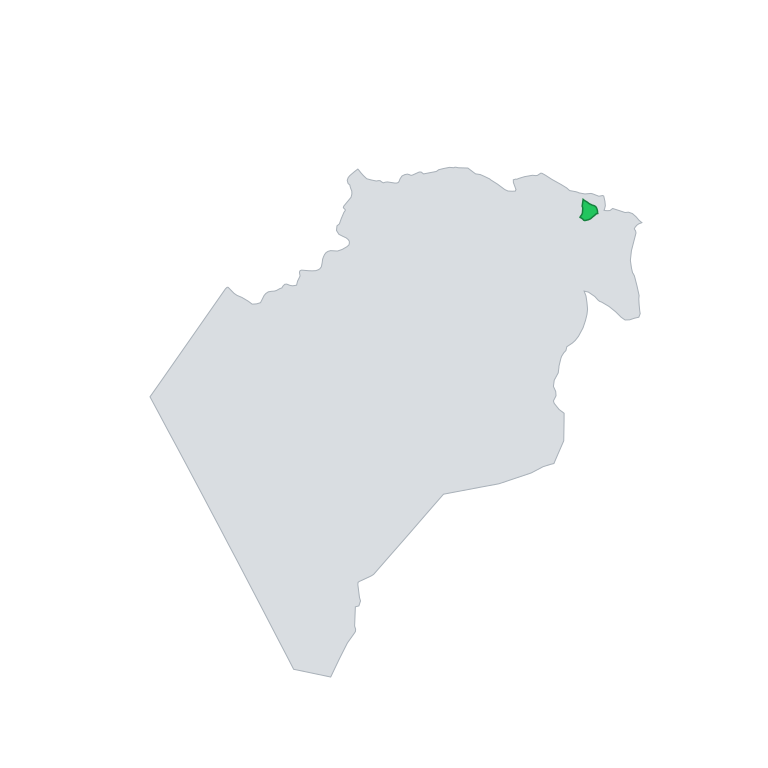 location of Kouh Ouest, Logone Oriental, Chad, rotated 216°
{"feature_id": "50815135B27112556056018", "entity_name": "Kouh Ouest", "entity_type": "district", "adm_level": 2, "iso_a3": "TCD", "parent_name": "Chad", "parent_adm1": "Logone Oriental", "projection": "albers", "projection_center": [16.878, 8.171], "detail": "fine", "context": "in_parent", "style": "filled", "palette": "green", "viewbox_px": 768, "rotation_deg": 216, "n_neighbors": 0, "source": "geoboundaries", "source_scale": "gbopen_adm2", "svg_char_len": 4229}
<svg xmlns="http://www.w3.org/2000/svg" viewBox="0 0 768 768"><g transform="rotate(216 384 384)"><path d="M565.8,236.1L566.0,251.8L566.3,267.5L566.6,283.3L566.9,299.1L567.2,315.0L567.5,330.8L567.8,346.7L568.1,362.6L568.2,367.8L567.8,369.9L567.6,370.2L566.9,370.6L558.6,369.2L555.0,369.3L549.9,370.5L542.4,371.2L537.6,371.1L534.2,373.9L531.7,377.2L533.0,385.1L532.8,387.7L531.8,390.5L529.6,392.8L527.3,394.7L526.0,396.4L524.3,400.0L523.1,401.7L523.3,403.9L522.9,406.3L521.5,407.6L518.1,408.5L515.8,409.6L514.0,411.3L512.8,412.6L513.5,414.2L514.4,416.5L515.0,420.0L515.4,422.1L517.1,423.7L518.2,424.9L518.5,426.4L517.6,427.7L513.3,430.3L511.6,431.3L509.7,432.6L508.9,433.1L505.8,435.6L504.3,437.8L503.6,439.6L503.6,442.1L505.3,445.8L507.0,448.9L507.7,451.3L508.2,453.9L508.1,456.3L507.2,458.5L505.6,460.5L499.8,464.2L496.9,468.3L494.7,473.2L494.1,475.8L494.8,477.6L496.0,479.1L497.8,479.8L500.4,480.0L504.6,479.2L508.5,478.6L512.7,480.3L515.0,484.3L514.2,487.3L515.8,492.7L517.3,499.3L517.3,501.5L517.9,502.3L520.5,502.7L521.1,504.2L520.4,515.7L521.7,518.9L523.5,521.2L525.5,522.4L527.5,523.9L528.6,524.9L530.9,525.1L533.5,527.2L534.3,530.0L534.1,532.7L532.7,538.5L531.5,542.5L530.0,542.2L526.9,541.3L523.2,540.5L518.6,539.9L514.2,541.6L509.5,543.7L508.0,545.3L506.7,546.2L504.6,546.1L502.7,546.4L501.7,547.9L500.0,549.5L493.2,553.0L491.7,554.2L490.9,555.4L490.9,556.8L491.6,559.5L491.7,562.9L490.2,565.7L488.4,567.6L486.4,568.3L484.7,568.7L483.7,569.9L480.1,576.2L478.6,577.3L475.5,577.2L466.6,586.7L465.7,589.5L462.4,593.4L458.3,597.8L454.6,600.0L454.3,600.8L453.3,601.6L451.0,602.6L443.1,608.0L433.5,607.8L429.3,610.0L425.2,610.9L419.2,612.0L417.4,611.9L409.6,612.4L400.6,612.3L397.1,613.0L393.9,615.1L391.5,616.9L391.1,617.5L391.5,618.2L391.4,618.8L397.8,623.1L399.4,625.2L397.8,627.3L397.0,627.6L396.9,627.7L395.9,629.4L392.2,634.3L386.6,640.1L383.7,641.8L382.5,642.9L381.1,646.7L380.1,647.3L376.2,647.8L368.5,648.2L357.9,649.5L351.5,650.0L347.5,649.6L341.9,652.3L339.9,653.0L338.7,653.2L333.2,655.8L328.6,659.8L326.9,660.5L320.5,662.2L317.9,665.0L316.7,665.2L312.6,661.6L309.7,658.3L308.3,654.9L308.2,653.9L307.4,654.1L305.1,655.5L303.1,657.2L302.2,660.4L295.5,662.6L289.8,664.4L287.2,666.7L283.2,667.9L278.1,667.4L274.1,666.4L270.2,666.1L272.1,663.2L272.8,661.0L273.0,658.4L272.7,656.6L270.4,655.7L268.9,654.3L265.6,645.9L262.2,637.3L257.4,628.9L252.1,623.4L248.3,620.1L247.1,619.7L245.1,618.7L243.8,617.7L236.8,611.9L229.6,605.5L227.8,602.5L224.2,598.1L220.2,593.6L218.1,591.5L217.1,587.8L220.0,584.5L223.0,580.3L226.6,577.5L231.4,577.4L239.2,578.6L247.6,579.0L256.0,578.2L258.2,577.6L260.3,577.7L264.8,578.7L272.6,578.5L276.7,576.8L272.3,573.9L267.7,569.2L263.3,564.2L260.7,559.6L258.3,553.7L256.0,546.4L254.7,536.9L254.9,531.6L255.7,527.8L258.0,521.6L256.5,518.0L256.9,515.0L256.6,510.7L255.9,508.5L252.9,501.2L252.3,500.4L249.6,495.4L248.5,487.1L245.5,481.6L240.7,478.9L237.9,475.6L237.0,469.9L235.0,468.4L227.4,466.3L221.1,466.2L216.5,459.8L210.6,451.4L205.2,443.7L201.8,428.3L199.8,419.5L202.1,416.8L206.7,410.6L212.6,398.6L225.7,380.2L232.4,370.8L245.7,356.8L262.0,339.5L271.1,329.8L272.7,312.0L274.3,293.3L275.5,279.1L277.0,262.4L278.3,248.4L279.2,238.2L280.5,223.8L281.6,221.1L287.9,209.8L288.4,208.3L287.3,206.4L278.3,196.8L275.5,194.7L273.9,189.7L276.2,186.9L265.5,170.9L262.8,168.9L261.6,166.9L261.5,164.1L261.4,153.0L258.6,135.7L254.9,115.6L267.6,109.9L277.2,105.6L289.4,100.1L300.7,105.8L317.2,114.0L333.6,122.2L350.0,130.4L366.5,138.6L383.0,146.8L399.5,155.0L416.1,163.1L432.6,171.3L449.2,179.4L465.8,187.6L482.4,195.7L499.0,203.8L515.7,211.9L532.4,219.9L549.0,228.0L565.8,236.1Z" fill="#d9dde1" stroke="#a8b0b8" stroke-width="1"/><path d="M317.7,634.2L317.0,634.9L316.0,636.1L315.2,637.0L314.5,638.2L314.0,639.1L313.6,640.9L313.4,641.9L312.9,643.6L312.5,645.3L312.3,646.5L311.3,647.6L312.2,648.4L312.8,649.3L314.0,650.3L315.4,651.3L316.9,651.9L318.1,651.9L319.2,651.7L320.6,651.1L322.1,650.9L323.4,650.6L324.5,650.5L325.7,650.6L327.0,650.6L328.5,650.4L330.3,650.3L331.4,650.4L328.2,644.3L327.3,643.8L326.5,643.0L325.8,641.9L325.0,640.6L324.0,639.0L323.6,637.6L323.5,636.5L323.6,635.0L323.3,634.0L321.8,634.3L319.7,634.2L318.8,633.9L317.7,634.2Z" fill="#22c55e" stroke="#15803d" stroke-width="1.5"/></g></svg>